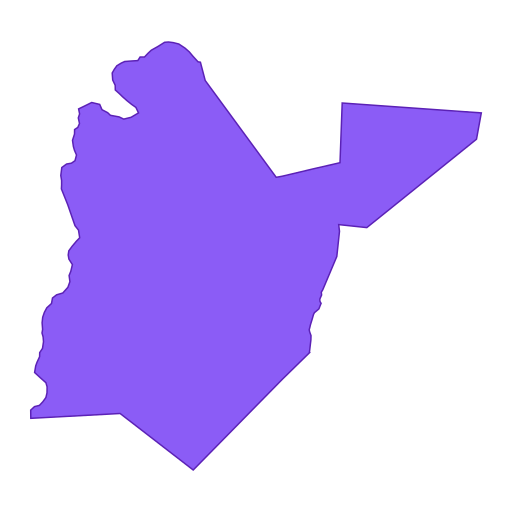 outline of San Lucas Camotlán, Oaxaca, Mexico
{"feature_id": "50627088B23894321184997", "entity_name": "San Lucas Camotlán", "entity_type": "district", "adm_level": 2, "iso_a3": "MEX", "parent_name": "Mexico", "parent_adm1": "Oaxaca", "projection": "albers", "projection_center": [-95.705, 16.936], "detail": "fine", "context": "isolated", "style": "filled", "palette": "violet", "viewbox_px": 512, "rotation_deg": 0, "n_neighbors": 0, "source": "geoboundaries", "source_scale": "gbopen_adm2", "svg_char_len": 1744}
<svg xmlns="http://www.w3.org/2000/svg" viewBox="0 0 512 512"><path d="M481.3,112.9L342.2,103.0L340.0,162.7L312.6,169.0L282.3,176.2L276.2,177.3L205.2,80.5L200.4,62.2L198.0,61.8L192.9,56.2L189.3,51.9L185.0,48.1L178.8,44.0L173.2,42.6L168.5,42.0L164.6,42.3L157.9,46.5L151.3,50.2L148.2,53.1L144.5,57.0L140.1,57.0L137.8,60.6L131.3,61.0L124.7,61.5L121.2,63.1L116.9,65.7L114.3,69.3L112.2,73.0L112.7,80.0L115.2,85.3L115.3,90.0L119.1,93.4L122.6,96.8L126.9,100.6L131.5,104.3L135.9,107.4L138.5,112.9L134.8,115.1L131.1,117.3L123.7,119.1L119.1,116.9L110.4,115.3L107.7,112.7L102.0,109.7L99.7,104.4L91.7,102.5L84.2,106.2L78.6,108.9L79.6,113.9L78.3,117.9L79.5,123.5L77.8,127.4L74.6,129.5L74.5,134.1L72.5,140.3L73.4,146.6L74.5,150.4L76.5,155.0L75.0,160.7L71.4,163.2L66.6,164.0L61.8,167.5L60.8,175.5L61.6,180.5L61.6,184.9L61.4,188.9L67.7,204.6L75.0,225.7L78.5,230.1L79.7,237.8L76.3,241.3L72.2,246.2L68.8,250.8L68.2,255.0L68.9,259.1L72.4,264.6L70.8,271.3L69.1,275.5L69.9,281.7L67.9,287.3L62.8,293.0L56.6,294.8L52.5,298.0L51.5,303.5L46.8,307.8L44.4,312.3L42.7,317.2L42.1,322.8L42.6,329.4L42.0,333.0L43.1,336.9L43.5,341.7L42.5,348.4L39.7,352.6L39.6,356.7L37.0,362.3L35.7,365.9L34.6,372.5L40.8,378.2L45.9,382.7L47.1,386.8L47.0,392.9L45.9,397.5L42.9,401.7L39.4,405.4L34.5,406.6L30.7,410.1L30.8,418.3L31.2,418.3L119.9,413.5L120.1,413.5L193.2,470.0L193.6,469.6L282.3,379.3L309.6,352.6L309.4,352.5L310.9,339.9L311.0,335.6L309.7,332.0L309.2,329.8L309.9,327.1L310.4,324.9L312.1,319.4L313.5,314.5L314.4,312.7L316.3,311.1L318.9,308.9L320.2,305.5L321.1,303.3L320.5,302.4L319.9,301.2L319.8,299.1L321.6,295.0L321.3,292.2L322.7,289.9L336.8,256.5L339.5,231.3L338.7,224.6L366.8,227.6L430.5,176.3L476.5,139.2L481.3,112.9Z" fill="#8b5cf6" stroke="#5b21b6" stroke-width="1.5"/></svg>